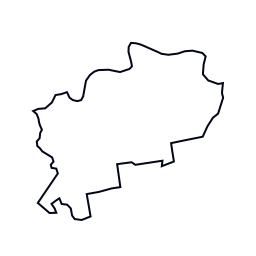 outline of Encantado, Rio Grande do Sul, Brazil, rotated 261°
{"feature_id": "56859067B80302788565563", "entity_name": "Encantado", "entity_type": "district", "adm_level": 2, "iso_a3": "BRA", "parent_name": "Brazil", "parent_adm1": "Rio Grande do Sul", "projection": "orthographic", "projection_center": [-51.92, -29.215], "detail": "fine", "context": "isolated", "style": "outline", "palette": "ink", "viewbox_px": 256, "rotation_deg": 261, "n_neighbors": 0, "source": "geoboundaries", "source_scale": "gbopen_adm2", "svg_char_len": 1243}
<svg xmlns="http://www.w3.org/2000/svg" viewBox="0 0 256 256"><g transform="rotate(261 128 128)"><path d="M157.5,228.8L157.4,223.9L162.4,214.7L169.3,210.4L178.8,212.6L186.6,215.9L190.5,213.1L194.3,203.8L194.9,196.2L193.7,188.7L194.0,179.4L196.0,172.8L198.2,169.6L201.1,165.1L203.5,161.4L205.5,158.3L208.5,153.5L210.4,149.2L211.6,144.3L208.0,141.4L203.2,140.4L192.4,141.5L188.2,141.5L186.1,138.7L184.5,128.9L188.6,117.9L189.8,107.9L188.9,103.3L186.2,98.6L181.3,93.9L166.4,88.7L162.9,86.1L162.5,82.1L164.2,77.9L167.1,75.0L173.0,73.3L171.9,67.4L171.9,61.6L165.1,56.8L160.4,49.3L160.9,42.4L159.6,37.0L156.0,40.0L151.0,41.1L147.7,41.0L144.1,41.5L139.8,42.7L136.6,40.4L131.7,39.1L129.0,35.8L124.4,35.6L121.8,37.8L118.3,39.7L114.2,44.5L110.9,48.4L106.6,49.2L103.7,46.0L100.6,46.3L99.1,50.8L94.1,51.6L68.1,27.2L56.3,37.2L55.5,43.9L59.9,43.0L65.0,40.6L67.5,45.3L69.3,49.2L63.3,50.6L61.8,55.9L57.5,58.9L50.3,59.1L46.4,61.1L44.4,67.9L46.5,77.2L69.2,76.9L69.4,89.0L70.9,102.6L70.8,111.2L94.0,111.6L93.6,126.2L90.5,129.5L90.3,156.9L85.0,155.4L87.7,168.1L99.6,168.1L106.3,168.2L106.9,180.3L107.7,200.4L117.3,206.8L124.9,213.5L128.1,219.2L137.4,223.9L143.0,226.7L147.7,226.3L151.1,227.1L157.5,228.8Z" fill="none" stroke="#020617" stroke-width="2"/></g></svg>